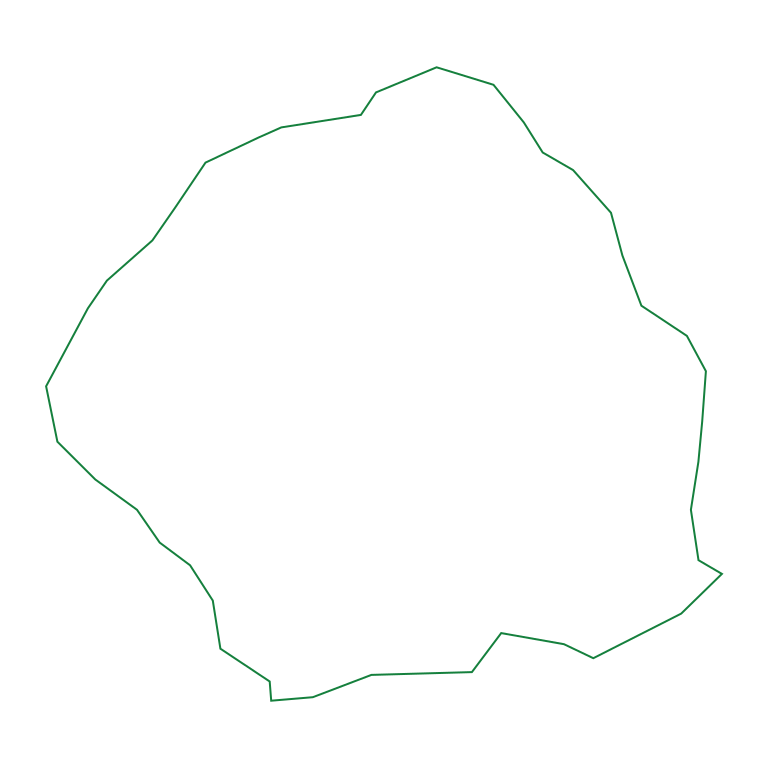 the district of Strömstad, Västra Götaland, Sweden
{"feature_id": "70781695B73142432831902", "entity_name": "Strömstad", "entity_type": "district", "adm_level": 2, "iso_a3": "SWE", "parent_name": "Sweden", "parent_adm1": "Västra Götaland", "projection": "natural_earth1", "projection_center": [11.302, 58.97], "detail": "fine", "context": "isolated", "style": "outline", "palette": "green", "viewbox_px": 768, "rotation_deg": 0, "n_neighbors": 0, "source": "geoboundaries", "source_scale": "gbopen_adm2", "svg_char_len": 624}
<svg xmlns="http://www.w3.org/2000/svg" viewBox="0 0 768 768"><path d="M721.9,573.9L698.5,560.2L690.9,509.8L698.4,461.8L702.2,421.5L705.9,371.2L686.9,335.9L641.4,305.7L622.4,255.5L611.0,212.8L573.1,170.1L542.7,152.5L523.8,122.4L493.5,84.8L436.6,67.3L376.0,92.4L360.9,114.9L281.3,127.4L258.6,137.5L205.5,162.6L175.1,207.7L152.4,240.4L106.9,280.6L87.9,308.3L46.1,386.3L57.4,441.7L95.3,479.5L137.0,509.8L159.7,542.6L190.1,565.3L212.8,600.6L220.4,648.7L269.7,681.5L271.2,700.7L312.8,697.2L371.4,674.9L471.9,672.1L501.2,633.1L564.0,644.2L593.3,658.2L681.2,613.6L721.9,573.9Z" fill="none" stroke="#15803d" stroke-width="2"/></svg>